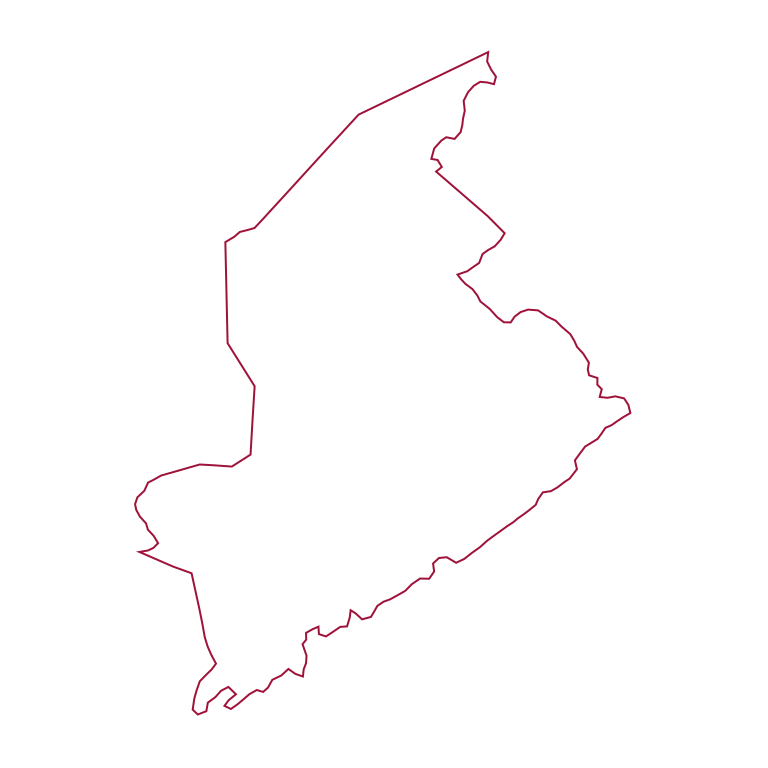 Amargosa, Bahia, Brazil, rotated 91°
{"feature_id": "56859067B13463392210040", "entity_name": "Amargosa", "entity_type": "district", "adm_level": 2, "iso_a3": "BRA", "parent_name": "Brazil", "parent_adm1": "Bahia", "projection": "albers", "projection_center": [-39.603, -13.033], "detail": "fine", "context": "isolated", "style": "outline", "palette": "rose", "viewbox_px": 768, "rotation_deg": 91, "n_neighbors": 0, "source": "geoboundaries", "source_scale": "gbopen_adm2", "svg_char_len": 2483}
<svg xmlns="http://www.w3.org/2000/svg" viewBox="0 0 768 768"><g transform="rotate(91 384 384)"><path d="M590.5,359.2L583.6,352.6L577.9,344.6L577.9,335.4L570.6,330.6L562.6,331.8L557.0,326.0L556.1,318.2L561.5,308.8L557.5,300.7L551.6,293.5L545.6,285.4L538.7,277.9L533.6,271.2L528.4,264.2L524.1,258.5L519.9,252.3L516.1,248.0L512.4,242.8L508.2,237.4L502.2,230.2L496.5,227.9L489.6,223.3L488.2,215.2L484.5,209.0L479.1,202.2L475.3,196.7L465.8,189.6L457.0,191.8L449.1,186.2L443.0,181.8L438.9,175.3L435.1,169.4L429.7,165.6L424.0,161.9L421.2,155.8L417.4,150.6L412.9,144.1L408.7,137.2L400.6,139.3L394.2,143.7L392.3,152.5L393.9,160.3L393.2,168.1L385.4,166.2L380.9,170.7L374.3,170.7L371.7,179.1L366.0,180.5L359.1,179.5L350.2,185.3L343.6,191.6L337.5,194.5L330.9,198.6L323.6,207.4L317.6,213.6L313.7,222.1L307.7,231.2L307.1,241.2L309.7,248.7L314.4,254.6L320.2,258.4L320.2,265.2L315.1,272.1L307.1,279.6L299.8,289.1L293.9,292.2L287.6,297.2L282.5,304.3L278.1,308.6L273.3,312.4L269.8,302.7L266.0,297.6L261.3,291.0L252.3,287.7L248.2,282.2L244.5,275.8L237.7,269.8L231.1,266.0L214.3,283.3L170.7,335.6L166.0,330.0L159.1,334.3L158.1,340.6L147.6,337.9L139.7,331.0L136.2,326.1L137.7,317.7L130.8,311.8L123.8,310.2L117.8,309.7L109.3,308.0L99.5,309.3L90.8,305.1L84.3,299.5L80.2,293.1L80.7,285.9L82.3,279.3L74.8,277.4L67.9,282.3L59.8,286.5L50.3,285.6L115.1,414.1L149.3,444.5L160.6,454.5L200.8,489.9L211.6,499.5L222.4,509.0L230.3,516.2L232.3,522.7L234.5,530.8L239.5,536.4L244.9,545.1L345.9,541.1L388.5,513.3L422.1,514.8L456.9,516.2L469.2,534.7L468.3,551.6L467.7,566.8L479.4,605.2L483.9,612.9L486.7,618.2L495.0,621.8L501.6,628.6L508.5,630.8L514.2,629.5L520.9,625.7L527.5,619.5L533.8,617.5L539.8,611.7L547.1,607.1L551.9,611.7L554.6,617.2L556.2,625.6L570.2,591.8L576.6,573.1L612.4,564.6L627.5,561.3L640.2,558.8L649.7,555.7L657.9,551.9L666.5,547.1L672.4,551.3L678.2,557.1L684.5,563.0L693.2,565.9L701.9,568.2L712.9,569.6L717.7,564.4L714.2,555.9L705.7,554.6L700.0,547.1L693.6,541.6L689.6,534.3L696.8,526.6L702.8,533.7L708.6,537.9L711.6,531.4L706.6,524.6L701.9,519.2L696.5,513.2L692.2,505.9L694.0,499.5L689.6,494.7L681.7,490.5L677.3,481.7L670.6,474.6L675.3,467.7L677.9,460.0L670.6,459.3L664.6,457.1L657.0,456.7L645.6,460.9L640.9,457.3L634.2,457.6L630.4,451.1L627.8,445.3L635.2,444.7L637.4,437.6L633.2,431.4L627.6,423.5L627.0,416.7L618.1,414.2L610.8,413.4L613.9,408.3L619.7,401.8L617.1,393.0L611.4,389.7L606.0,386.8L601.7,380.7L599.1,373.9L595.6,367.9L590.5,359.2Z" fill="none" stroke="#9f1239" stroke-width="2"/></g></svg>